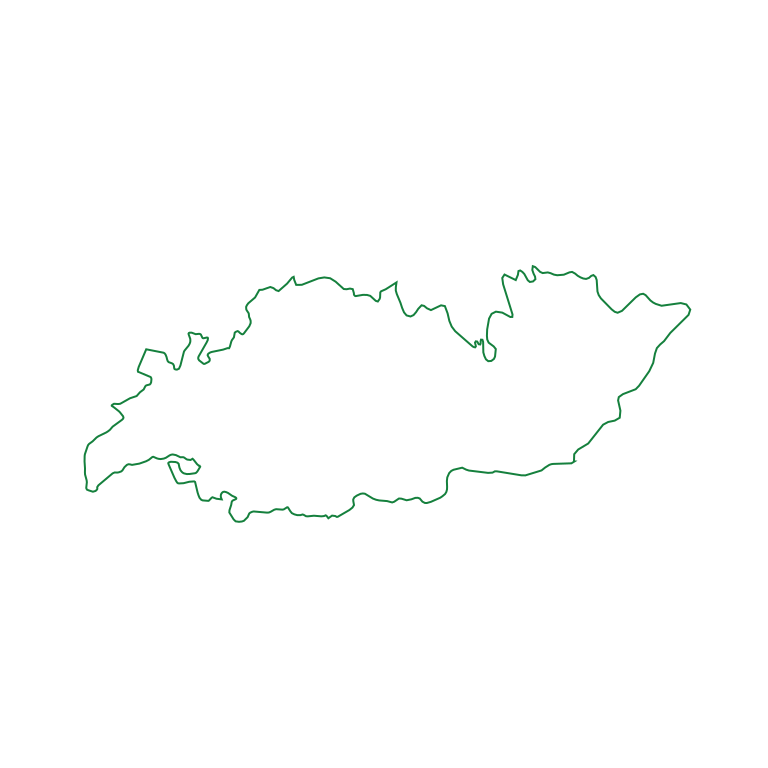 SVG path tracing the border of Jalal-Abad, rotated 164°
{"feature_id": "KGZ-1120", "entity_name": "Jalal-Abad", "entity_type": "Region", "adm_level": 1, "iso_a3": "KGZ", "parent_name": "Kyrgyzstan", "parent_adm1": "", "projection": "albers", "projection_center": [73.017, 41.512], "detail": "fine", "context": "isolated", "style": "outline", "palette": "green", "viewbox_px": 768, "rotation_deg": 164, "n_neighbors": 0, "source": "natural_earth", "source_scale": "10m", "svg_char_len": 6160}
<svg xmlns="http://www.w3.org/2000/svg" viewBox="0 0 768 768"><g transform="rotate(164 384 384)"><path d="M179.0,285.7L184.6,284.5L204.1,270.5L215.4,267.5L220.5,264.1L222.7,257.3L222.2,257.1L225.7,256.1L243.6,260.6L245.3,260.8L247.3,260.7L252.1,259.3L256.4,257.5L273.3,257.2L277.0,258.3L299.5,268.9L301.5,269.5L304.1,268.9L308.5,269.9L326.2,277.4L328.6,279.0L331.9,282.0L340.8,282.4L343.3,281.9L345.9,280.4L348.9,276.8L350.3,273.4L351.7,267.7L352.5,265.3L353.8,263.1L355.6,261.4L358.8,260.0L361.2,259.2L371.4,257.8L375.7,257.8L377.5,258.4L379.5,260.3L381.2,264.1L382.9,265.3L385.3,265.9L389.5,265.6L394.3,266.0L398.9,269.0L401.2,269.8L406.7,268.0L408.8,267.9L413.3,270.6L420.7,273.4L423.5,274.9L426.2,276.9L432.6,283.8L434.5,284.6L436.8,284.9L441.0,284.2L443.8,283.2L445.4,281.5L445.8,279.9L446.2,275.9L448.4,273.9L452.0,272.4L465.1,269.1L466.1,269.3L467.2,270.5L470.2,271.8L474.5,270.3L475.4,272.7L475.9,273.5L476.5,273.9L477.4,273.6L478.8,273.7L480.8,274.1L487.7,276.7L493.8,277.8L495.4,278.4L497.3,280.4L498.2,281.0L500.6,281.0L503.6,281.9L506.1,283.4L508.2,285.3L509.2,287.8L510.2,291.3L510.5,292.0L511.1,292.2L514.9,291.1L516.2,291.2L522.2,293.4L524.2,293.4L528.2,292.4L530.1,292.2L531.9,292.6L544.4,297.4L545.9,297.5L548.0,297.2L549.2,296.7L551.8,293.6L556.4,291.1L558.5,291.0L561.4,291.5L564.5,292.9L565.9,295.4L568.1,303.1L567.3,305.3L564.2,309.9L562.9,312.6L562.2,313.3L561.4,313.7L558.0,314.2L557.6,314.5L557.5,315.2L558.0,316.0L560.9,318.5L564.0,322.3L565.7,323.7L567.2,324.5L568.4,324.6L569.5,324.2L570.6,323.4L571.4,322.3L571.8,321.2L572.0,320.0L571.8,317.8L576.7,319.9L580.1,322.4L581.0,322.2L584.6,320.1L585.1,320.1L590.4,322.1L591.6,323.1L592.7,325.5L593.0,328.2L593.1,331.0L592.6,341.9L593.3,342.7L598.1,343.7L604.0,343.9L608.4,344.9L609.4,345.4L610.0,346.2L610.5,347.8L611.3,351.6L613.2,366.1L613.2,367.4L612.2,368.0L610.4,368.0L606.0,366.5L604.2,365.3L603.4,363.9L603.7,360.0L603.4,357.3L602.8,355.7L602.0,354.3L600.9,353.2L598.4,351.8L595.8,351.1L590.2,350.3L589.2,350.4L587.6,351.3L583.5,355.1L583.8,356.2L584.3,356.2L585.8,358.5L587.8,363.4L588.6,364.9L590.9,364.3L594.0,365.6L595.0,366.6L596.3,368.3L597.2,369.0L599.9,369.7L603.6,373.0L606.5,374.5L608.1,374.7L609.7,374.5L614.0,373.2L616.2,373.0L619.4,373.4L621.3,374.2L622.8,375.1L625.8,377.6L626.7,377.7L631.0,375.9L634.1,375.3L641.1,374.9L648.5,375.7L650.4,376.8L651.8,377.3L653.5,377.1L656.4,375.6L659.2,373.1L660.6,372.4L663.3,372.2L664.9,372.4L667.3,373.2L669.5,372.9L686.5,365.3L688.1,363.9L688.5,362.2L688.9,361.7L690.7,360.7L693.5,360.7L697.4,363.3L698.7,364.4L698.9,366.1L696.7,371.5L696.4,373.4L696.3,379.4L695.9,381.3L694.7,385.2L693.2,392.1L691.6,397.3L690.9,398.9L686.2,405.7L685.2,406.9L684.0,407.7L679.9,409.2L675.1,411.8L672.9,412.5L664.3,414.0L662.3,414.6L660.1,415.5L656.6,417.8L645.7,421.8L644.3,422.6L643.7,423.5L643.7,424.9L645.6,429.5L646.3,430.8L650.1,436.1L651.7,438.0L651.6,438.5L650.9,438.9L649.0,439.4L645.0,438.0L643.0,437.7L632.1,440.3L625.1,440.6L620.9,443.3L616.5,445.0L614.1,447.6L612.9,448.2L609.3,448.1L608.3,448.7L607.4,449.8L606.3,452.5L606.1,453.7L606.4,455.0L617.1,463.6L616.9,465.1L615.1,468.0L603.0,482.9L587.2,474.8L586.5,474.0L585.9,472.6L585.6,469.9L585.7,467.5L585.6,465.7L585.0,464.4L582.1,462.3L581.2,461.2L580.9,459.5L581.3,457.1L581.2,456.1L580.5,455.5L579.1,454.9L576.9,455.2L574.6,457.9L567.4,470.2L566.5,471.1L561.3,474.7L559.7,476.3L558.6,477.9L558.1,479.4L557.8,480.8L558.1,485.6L558.0,486.3L557.5,486.8L556.7,486.9L554.8,486.4L551.3,483.8L547.9,483.2L547.0,482.7L546.4,482.0L545.9,478.8L545.6,478.1L544.9,477.7L541.4,477.5L540.7,477.1L540.6,476.5L541.4,474.7L543.1,472.8L554.7,461.5L555.4,460.3L555.6,459.3L555.2,457.7L552.0,453.3L551.5,452.9L550.7,452.8L546.6,453.6L545.7,454.0L545.1,454.6L544.6,456.2L545.4,458.9L545.6,460.3L545.1,461.1L544.4,461.6L542.4,462.2L540.9,462.3L529.2,461.4L524.6,461.6L523.0,461.1L521.7,462.6L519.1,466.9L518.1,468.1L515.4,470.2L513.3,474.5L512.1,475.0L510.2,475.2L509.4,474.6L508.5,472.9L507.1,471.2L506.4,470.8L505.6,470.8L504.8,471.2L497.6,476.6L495.4,479.3L494.8,481.4L494.8,482.9L495.2,485.6L494.6,488.8L494.7,489.7L495.7,492.8L495.8,493.8L495.3,496.1L494.1,497.5L492.2,499.0L484.1,502.7L477.9,508.8L474.8,508.1L466.6,508.6L463.8,506.6L461.9,503.9L459.7,502.4L449.5,507.2L443.0,511.6L441.3,511.9L441.6,508.9L441.1,503.5L435.7,502.0L417.9,503.6L412.0,502.9L406.6,500.5L402.3,495.7L396.5,486.4L393.8,485.4L390.4,485.1L387.9,483.8L387.9,479.6L388.2,478.5L388.1,477.6L387.7,476.8L387.0,476.3L379.7,475.5L375.8,474.3L372.9,472.5L369.0,466.2L367.2,465.0L364.7,467.0L363.9,468.3L362.3,473.1L361.3,473.9L356.2,474.6L344.0,478.2L345.9,473.9L346.9,470.6L346.9,467.0L345.8,457.5L345.6,452.2L345.0,447.3L343.4,443.7L339.9,441.6L336.6,442.1L333.4,444.2L330.4,446.8L326.2,449.3L323.9,448.0L321.8,444.9L318.5,442.1L307.5,443.9L304.0,442.1L303.4,434.4L303.8,426.6L303.1,420.5L301.0,415.1L288.4,395.6L287.3,394.6L286.2,394.1L285.3,394.9L285.1,398.7L284.0,399.7L282.7,399.1L282.0,396.1L280.6,395.5L279.9,396.5L279.3,398.5L278.5,399.9L277.2,399.4L277.1,397.2L279.8,387.0L279.8,383.2L279.2,379.6L277.5,377.2L274.5,376.6L271.4,377.8L269.7,379.8L266.9,386.8L268.2,389.9L272.0,394.9L272.5,398.3L271.8,401.9L269.8,408.0L265.0,417.9L261.2,421.8L256.5,422.7L250.6,420.0L244.1,413.6L242.2,413.1L241.3,415.4L242.0,447.0L241.1,453.3L238.0,456.0L228.7,447.6L225.2,452.0L223.6,455.5L221.8,455.6L220.1,453.6L218.8,451.1L217.2,444.1L215.7,441.9L212.5,441.5L209.6,443.0L209.2,445.6L209.8,448.9L210.0,452.7L208.5,456.2L206.4,454.7L203.0,448.7L200.9,446.9L195.8,446.1L193.3,444.6L190.5,442.3L187.5,440.8L181.0,439.5L175.0,440.2L172.3,439.9L169.8,437.4L168.0,434.7L165.8,432.4L163.4,430.5L160.8,429.3L157.7,429.5L155.0,430.8L152.7,431.0L151.1,428.5L150.9,425.3L153.3,414.1L153.1,410.3L151.9,406.5L144.6,393.0L142.3,389.8L139.8,388.1L135.1,388.7L118.1,397.9L113.3,399.6L110.0,399.3L108.0,397.3L104.9,390.9L102.9,388.2L100.7,386.1L95.6,382.7L76.4,380.0L71.4,377.1L69.1,371.1L72.2,366.5L94.7,354.2L103.0,348.0L107.6,345.9L111.8,343.3L115.1,338.6L119.4,330.1L125.5,323.2L139.3,312.0L143.5,309.6L157.1,308.4L161.9,306.7L163.5,303.7L164.1,293.2L166.7,286.6L172.3,285.2L179.0,285.7Z" fill="none" stroke="#15803d" stroke-width="2"/></g></svg>